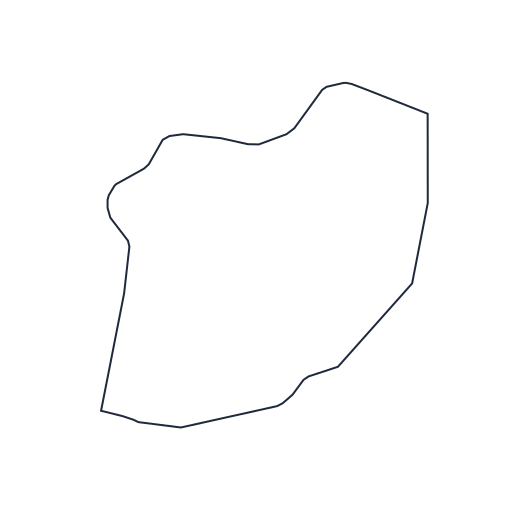 map outline of Newham (Equal Earth projection), rotated 285°
{"feature_id": "GBR-2770", "entity_name": "Newham", "entity_type": "London Borough", "adm_level": 1, "iso_a3": "GBR", "parent_name": "United Kingdom", "parent_adm1": "", "projection": "equal_earth", "projection_center": [0.049, 51.527], "detail": "fine", "context": "isolated", "style": "outline", "palette": "slate", "viewbox_px": 512, "rotation_deg": 285, "n_neighbors": 0, "source": "natural_earth", "source_scale": "10m", "svg_char_len": 639}
<svg xmlns="http://www.w3.org/2000/svg" viewBox="0 0 512 512"><g transform="rotate(285 256 256)"><path d="M170.2,363.8L153.4,338.1L148.8,334.0L131.5,327.2L120.6,319.8L116.5,315.3L70.9,227.8L65.1,185.4L66.1,180.3L66.8,168.9L66.4,146.4L185.6,138.3L232.2,131.3L237.6,128.4L255.3,105.4L264.0,100.2L271.8,98.1L276.6,98.1L287.2,101.1L289.3,102.4L311.4,125.2L316.8,128.7L344.1,135.8L349.5,141.4L354.8,154.1L360.7,191.5L361.9,219.2L364.5,229.8L381.5,253.9L389.4,260.0L433.6,276.9L437.7,280.4L445.8,295.7L446.6,298.4L446.9,304.0L445.3,319.6L437.8,385.0L351.6,408.2L269.9,413.9L170.2,363.8Z" fill="none" stroke="#1e293b" stroke-width="2"/></g></svg>